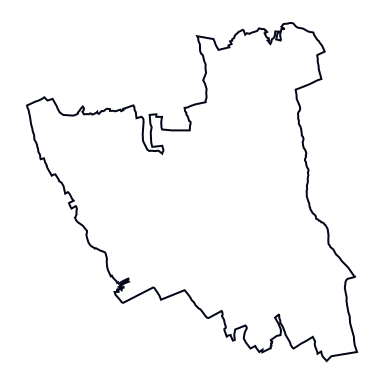 Voinesti, Vaslui, Romania
{"feature_id": "2599482B92497784274092", "entity_name": "Voinesti", "entity_type": "district", "adm_level": 2, "iso_a3": "ROU", "parent_name": "Romania", "parent_adm1": "Vaslui", "projection": "mercator", "projection_center": [27.426, 46.554], "detail": "fine", "context": "isolated", "style": "outline", "palette": "ink", "viewbox_px": 384, "rotation_deg": 0, "n_neighbors": 0, "source": "geoboundaries", "source_scale": "gbopen_adm2", "svg_char_len": 5930}
<svg xmlns="http://www.w3.org/2000/svg" viewBox="0 0 384 384"><path d="M355.0,276.5L353.9,275.8L348.3,267.7L341.6,260.8L339.5,257.6L336.0,254.4L333.2,249.3L330.3,247.0L329.8,245.6L328.6,244.2L328.3,241.0L328.5,235.2L327.7,229.2L325.7,225.4L324.5,224.6L324.3,223.9L323.2,222.8L321.2,222.2L320.5,221.2L319.2,220.8L318.6,220.4L318.4,219.7L316.1,218.7L315.8,216.4L315.4,215.5L312.6,213.0L310.3,209.0L310.2,207.7L309.6,206.8L309.2,203.5L308.1,200.7L306.8,196.3L306.8,191.8L306.6,191.0L307.2,188.8L306.9,187.1L307.0,185.2L307.9,182.1L307.7,178.7L308.4,175.1L307.9,172.7L308.5,170.5L308.4,169.3L307.2,167.5L306.5,165.8L305.9,162.0L304.9,160.4L305.0,159.2L306.1,156.6L305.7,155.5L306.2,154.5L306.2,152.7L305.3,150.1L303.8,148.1L303.8,147.5L303.2,146.3L302.7,142.0L303.6,139.2L302.9,136.8L301.8,135.5L301.9,134.5L301.1,128.7L300.2,126.0L299.3,124.8L298.8,123.5L298.9,120.6L298.1,118.4L298.3,116.8L298.0,113.8L298.3,112.4L299.8,110.5L300.2,108.0L299.7,105.9L296.7,99.0L296.5,94.5L295.6,89.7L309.6,84.2L317.0,80.5L321.4,79.0L318.8,69.3L318.5,65.3L317.8,62.3L317.7,58.5L317.2,55.6L317.3,55.1L324.7,51.6L322.1,45.7L319.4,42.3L319.1,41.4L317.1,39.6L314.3,35.2L313.3,32.5L308.4,31.6L303.1,28.6L297.6,27.6L295.9,26.4L293.5,23.7L292.5,23.1L289.7,23.0L288.0,23.6L283.5,24.0L281.4,26.8L284.1,28.6L284.1,29.0L281.4,29.1L280.8,32.4L280.2,33.2L280.2,35.9L280.9,39.5L280.6,40.5L276.2,39.4L277.4,34.0L278.8,31.6L275.3,31.5L274.8,35.7L273.6,38.2L271.9,39.3L271.1,42.8L270.3,44.0L267.7,40.6L269.1,40.3L268.6,39.1L268.8,38.3L267.5,37.9L266.4,36.9L264.6,33.2L267.1,32.0L266.2,30.8L265.1,30.6L265.2,29.9L263.9,29.1L261.6,29.0L259.1,28.4L257.1,31.0L251.6,32.7L249.4,33.8L246.9,33.2L245.2,34.7L243.8,30.8L242.9,29.8L238.3,32.1L237.6,33.2L236.7,33.6L234.7,35.9L234.1,38.1L232.4,39.0L232.1,39.7L232.2,40.7L230.1,41.3L231.6,44.0L228.4,45.5L229.3,47.3L218.5,49.9L215.9,45.3L213.6,39.1L197.2,36.2L198.2,38.2L198.4,40.7L199.9,44.3L200.1,51.0L201.1,53.6L202.2,54.4L203.1,55.9L204.1,60.7L205.6,64.3L205.5,68.4L206.1,72.8L203.2,80.3L204.9,83.5L206.6,88.9L206.2,93.1L206.6,97.1L206.2,99.1L205.6,100.6L205.7,102.2L195.6,104.3L190.3,106.1L187.8,107.4L184.6,107.9L185.1,111.2L186.3,112.6L186.1,113.5L186.8,115.4L187.1,115.4L187.7,116.3L189.3,121.2L190.4,121.6L190.7,123.3L190.1,125.4L189.7,130.4L171.8,130.4L162.1,129.5L161.5,127.4L161.2,122.1L162.0,116.9L156.3,116.9L156.4,114.3L149.7,114.9L150.4,124.1L151.7,127.1L150.8,132.1L150.8,134.0L151.2,142.4L152.0,146.0L152.3,146.9L162.3,145.8L163.4,149.8L163.2,151.5L162.4,152.5L162.2,153.6L158.5,150.7L154.7,151.1L151.5,150.7L149.3,151.0L147.6,149.9L147.0,149.0L143.0,140.9L142.7,134.3L143.6,121.5L143.3,119.0L142.7,117.9L141.5,116.8L136.5,118.2L135.8,112.2L134.7,110.3L134.2,106.6L133.3,105.4L124.1,108.6L124.3,108.8L122.8,109.3L123.2,110.3L121.1,111.1L120.3,109.7L115.4,111.3L113.2,110.8L110.0,110.9L109.9,109.0L108.7,109.1L107.4,108.7L105.5,109.5L104.6,110.5L103.2,111.2L101.6,111.0L99.0,113.8L97.8,113.4L97.3,111.8L96.6,112.6L93.3,114.3L92.0,114.5L91.5,113.8L90.1,113.4L89.0,114.2L85.1,114.1L84.0,114.4L82.4,111.8L83.6,110.4L84.0,108.9L83.1,106.7L82.6,106.5L82.0,107.7L80.7,108.6L80.0,110.1L77.9,112.6L78.0,113.6L75.0,115.2L72.6,115.6L63.2,114.9L59.7,112.4L57.5,108.3L57.1,106.9L52.6,98.9L47.8,100.5L47.1,100.2L44.4,97.3L41.5,99.2L37.0,101.2L35.9,101.4L27.0,105.5L27.5,107.7L28.5,109.7L30.1,117.4L31.1,124.2L32.5,129.4L32.8,131.5L34.1,134.9L34.4,139.6L36.0,142.2L37.0,144.9L37.2,146.4L38.0,148.6L38.4,151.8L40.1,155.1L40.3,158.1L40.7,159.2L43.9,158.3L45.2,162.4L46.8,165.5L46.6,165.8L47.4,168.0L51.8,175.7L52.6,175.0L55.3,174.3L58.9,179.9L58.9,180.9L61.5,182.7L63.5,186.0L65.2,193.6L67.9,192.1L69.7,194.0L72.2,199.0L73.7,200.7L69.0,203.0L69.7,205.1L71.5,208.6L75.8,206.1L76.4,207.0L76.9,208.8L76.4,212.0L76.6,214.0L75.4,217.4L75.0,217.6L76.1,220.2L76.7,221.0L77.9,222.3L82.7,225.6L87.0,230.9L87.1,232.0L86.4,234.5L86.8,237.0L88.2,241.8L89.2,243.7L90.7,245.7L93.1,247.4L94.8,248.0L95.0,248.6L96.1,248.3L99.8,250.3L104.9,252.3L105.6,253.4L107.0,258.8L106.7,261.8L107.1,266.5L107.8,269.7L110.8,276.3L111.8,275.6L113.3,278.1L116.5,281.3L117.1,282.9L118.2,282.4L118.8,283.7L123.0,281.0L128.3,278.6L128.5,279.2L127.4,279.6L127.2,280.3L124.9,281.1L120.5,283.9L120.7,284.8L128.0,280.8L128.9,281.7L124.1,283.5L122.5,284.8L120.0,285.8L119.9,286.5L118.9,287.0L119.8,287.5L123.6,287.1L123.6,287.7L120.8,287.9L121.0,288.3L122.5,288.3L121.2,288.8L121.9,289.0L121.6,290.1L120.8,289.3L117.8,289.2L117.1,289.6L117.0,290.2L117.2,290.6L118.4,290.6L118.6,291.8L114.6,292.0L115.5,294.8L119.2,298.9L121.9,302.4L123.3,302.8L153.1,287.5L154.4,288.0L158.2,293.7L159.7,296.3L161.0,299.7L184.6,290.2L187.1,293.1L190.2,297.3L191.8,300.3L193.8,302.1L195.9,305.8L197.4,306.9L198.2,308.1L200.3,309.3L202.3,311.6L205.4,316.0L207.2,317.8L208.7,318.0L221.6,311.0L222.1,311.6L222.5,313.3L222.6,315.0L221.9,316.0L223.9,319.5L224.9,324.0L225.9,327.0L225.7,328.0L224.4,328.9L224.4,330.0L226.7,336.6L228.3,335.5L230.7,335.0L230.9,336.1L232.9,340.6L234.8,339.9L234.3,335.5L234.4,333.7L235.2,329.5L245.4,325.5L245.8,325.9L246.7,327.4L246.7,328.6L245.1,331.6L244.5,333.7L243.8,338.0L244.1,339.4L244.8,340.3L245.7,342.3L250.4,348.5L255.3,346.0L256.3,348.0L259.3,352.0L262.5,349.7L262.4,352.2L270.9,348.1L270.9,347.6L270.6,347.1L270.8,345.9L271.5,345.6L271.1,344.9L271.3,344.5L271.1,343.4L272.0,343.0L272.2,341.5L271.3,341.2L270.8,340.1L276.8,335.9L280.5,335.1L281.0,331.1L280.6,328.8L278.5,323.7L275.0,317.6L278.7,314.7L279.1,314.8L279.4,318.5L280.2,320.2L280.3,322.7L282.7,326.6L284.9,332.3L285.6,334.8L290.0,342.3L290.6,344.6L292.1,347.2L293.5,348.5L294.5,348.0L301.2,343.6L306.1,341.0L312.8,336.9L315.1,341.4L314.7,344.1L315.1,346.2L317.3,352.0L317.5,353.7L321.2,351.6L321.4,353.0L322.6,356.4L326.7,361.0L331.4,356.2L357.0,352.0L354.7,344.9L354.0,340.1L354.0,337.3L350.1,323.1L349.7,316.3L348.4,312.3L347.3,306.3L346.5,300.9L346.7,297.8L344.8,288.1L345.6,281.6L346.6,279.7L347.7,278.8L354.6,277.1L355.0,276.5Z" fill="none" stroke="#020617" stroke-width="2"/></svg>